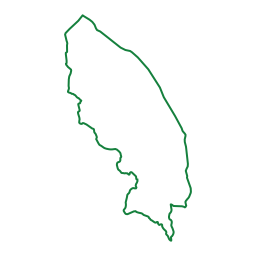 SVG path tracing the border of Terengganu
{"feature_id": "MYS-1149", "entity_name": "Terengganu", "entity_type": "State", "adm_level": 1, "iso_a3": "MYS", "parent_name": "Malaysia", "parent_adm1": "", "projection": "mercator", "projection_center": [102.939, 4.865], "detail": "fine", "context": "isolated", "style": "outline", "palette": "green", "viewbox_px": 256, "rotation_deg": 0, "n_neighbors": 0, "source": "natural_earth", "source_scale": "10m", "svg_char_len": 4627}
<svg xmlns="http://www.w3.org/2000/svg" viewBox="0 0 256 256"><path d="M82.7,15.4L83.7,16.1L89.7,19.8L92.3,21.9L94.5,24.7L96.0,28.4L97.1,30.1L100.2,31.5L120.6,47.6L125.4,50.0L130.1,51.0L131.9,52.2L137.8,57.4L148.3,69.3L159.9,87.5L163.8,97.2L175.1,116.1L181.7,128.3L182.4,130.5L182.8,131.3L184.8,133.6L185.5,134.7L185.5,136.0L184.7,139.4L184.8,142.0L186.0,146.7L187.9,163.9L187.7,166.5L186.6,168.7L185.8,170.9L187.2,176.0L187.0,177.7L190.7,188.2L190.9,191.7L190.7,192.9L189.1,196.9L188.2,198.2L187.5,198.9L185.9,200.9L185.5,201.7L185.5,202.7L186.2,205.7L185.5,206.9L184.9,207.3L184.4,207.0L183.6,206.7L182.1,206.3L173.8,206.0L173.4,205.9L173.1,205.7L172.8,205.5L172.6,205.2L172.3,205.0L172.0,204.8L171.0,204.4L170.8,204.5L170.8,204.9L171.1,207.1L171.2,207.6L171.5,209.3L171.5,210.2L171.3,211.1L171.2,211.5L171.0,211.9L170.6,212.5L170.4,212.8L169.9,213.3L169.7,213.6L169.5,213.9L169.0,216.5L169.0,217.0L169.0,217.5L169.2,218.3L169.3,218.7L169.5,219.0L169.7,219.3L170.0,219.5L170.7,219.9L171.0,220.1L171.2,220.4L171.4,220.7L171.7,221.4L171.8,222.3L171.7,222.8L171.7,223.2L171.5,224.1L171.3,225.0L171.3,225.4L171.4,225.8L171.6,226.3L171.6,226.5L172.5,228.3L173.5,231.3L173.6,231.8L173.6,232.2L173.6,232.7L173.3,233.9L173.0,234.6L172.5,235.5L172.0,236.2L171.7,236.4L171.4,236.6L171.2,236.9L171.0,237.2L171.0,237.6L171.3,240.1L171.2,240.5L170.5,240.5L169.7,239.8L169.3,239.3L169.0,238.8L168.0,236.4L167.6,235.7L166.3,234.4L166.1,233.9L166.1,233.5L166.3,232.6L166.3,232.2L166.2,231.8L166.1,231.5L165.7,230.9L163.8,229.1L163.0,228.0L162.6,227.3L162.3,226.7L162.2,226.5L162.1,224.9L161.8,224.5L161.4,224.3L160.5,224.4L160.1,224.6L159.7,224.8L159.3,224.9L158.9,224.7L158.5,224.2L158.2,223.8L158.0,223.4L157.9,222.5L157.7,222.1L157.4,222.0L156.7,222.1L156.0,222.6L155.4,222.6L154.7,222.4L152.1,220.6L151.4,220.2L150.8,219.9L150.4,219.5L150.0,218.8L149.7,218.5L149.4,218.3L149.1,218.1L149.0,217.8L148.8,217.4L148.7,217.1L148.4,216.8L148.1,216.6L147.7,216.4L143.8,215.0L143.0,214.4L142.5,213.9L142.1,213.6L141.4,213.3L138.3,212.6L136.8,212.1L136.4,211.9L136.1,211.7L135.6,211.2L133.8,211.4L127.7,214.1L126.6,214.1L126.1,214.0L125.8,213.9L125.5,213.7L125.3,213.4L124.8,212.8L123.7,210.9L123.7,210.5L123.8,209.9L125.2,208.1L125.5,207.5L125.7,206.7L125.9,205.2L125.9,204.3L125.7,202.3L126.8,197.9L127.2,195.9L127.2,195.4L127.4,194.8L127.9,194.1L128.9,193.2L129.4,192.4L129.9,190.7L130.2,190.1L130.7,189.5L131.7,188.7L132.4,188.3L133.0,188.1L133.4,188.1L133.9,188.1L134.8,188.4L135.2,188.4L136.0,188.3L136.2,188.0L136.4,187.5L135.7,185.8L135.8,185.1L136.0,184.2L136.9,182.6L137.5,181.0L137.4,179.5L136.7,179.4L136.4,179.1L136.2,178.2L136.1,176.9L136.0,176.5L135.7,176.1L131.8,172.4L131.3,172.2L130.8,172.2L130.5,172.4L130.2,172.6L130.0,172.8L129.8,173.2L129.6,174.0L129.5,174.4L129.2,174.6L128.8,174.6L128.5,174.4L127.9,173.8L127.5,173.5L127.2,173.3L126.7,173.3L125.4,173.2L124.9,173.3L124.1,173.3L123.7,173.2L123.3,173.1L121.9,173.0L121.4,172.8L121.0,172.3L120.3,171.3L119.4,170.4L118.5,169.8L118.1,169.2L117.7,168.3L117.2,166.3L116.9,165.2L116.9,164.3L117.1,163.3L117.4,162.8L117.6,162.5L118.0,162.3L119.1,161.9L119.5,161.7L119.8,161.5L120.0,161.2L120.1,160.9L120.3,160.5L120.4,158.0L120.7,157.5L121.0,157.2L121.2,156.8L121.1,156.1L120.7,154.7L120.6,154.0L120.3,153.0L120.1,152.7L119.1,151.5L116.9,149.6L115.3,149.0L112.1,149.4L110.1,149.4L108.1,149.1L107.4,148.9L106.6,148.8L104.5,148.1L103.4,147.4L101.3,145.9L99.5,144.9L98.6,143.6L96.2,139.1L96.8,137.4L96.7,136.6L95.7,134.1L95.4,133.6L95.0,133.2L94.4,132.4L94.2,131.5L94.0,129.9L93.8,129.2L93.4,128.9L92.6,128.6L92.2,128.5L86.5,124.5L83.7,123.2L83.3,123.1L82.9,123.1L82.5,123.2L82.3,123.4L82.1,123.7L81.7,123.9L81.1,123.9L79.9,123.4L79.4,122.9L79.2,122.4L79.4,120.2L79.6,119.3L79.3,117.4L78.3,114.2L78.1,113.3L78.0,112.8L78.0,112.7L78.0,112.3L78.1,112.0L78.4,111.8L78.6,111.5L79.0,111.4L79.3,111.2L79.6,110.8L79.7,110.2L78.3,104.7L78.3,104.1L78.5,103.8L78.8,103.6L79.7,103.4L80.0,103.2L80.2,102.9L80.2,102.5L80.3,102.1L80.5,101.8L81.0,101.2L81.2,100.6L81.0,100.4L80.1,99.7L79.0,98.5L78.6,98.2L78.3,98.0L77.9,97.9L77.4,97.6L76.9,97.2L75.3,95.3L75.0,95.1L74.1,94.7L73.6,94.2L73.2,94.0L72.7,93.9L72.3,93.8L71.8,93.8L71.5,93.6L70.9,93.2L70.6,93.0L69.1,92.6L68.3,92.2L68.0,91.8L68.0,91.3L68.7,89.4L68.9,88.6L68.9,88.2L68.9,87.7L68.6,86.0L68.8,79.4L69.2,76.8L69.3,76.3L70.6,73.5L71.2,70.7L71.0,69.6L70.5,69.1L68.0,67.0L66.2,64.7L66.0,64.1L66.0,63.7L66.4,63.5L66.6,62.5L66.6,60.6L65.8,53.9L65.9,52.8L66.8,52.2L67.0,51.9L67.1,51.5L67.0,45.3L67.3,43.4L67.2,42.8L66.9,41.7L66.6,40.9L65.1,34.6L65.6,33.1L69.6,28.9L78.3,20.8L82.5,15.5L82.7,15.4Z" fill="none" stroke="#15803d" stroke-width="2"/></svg>